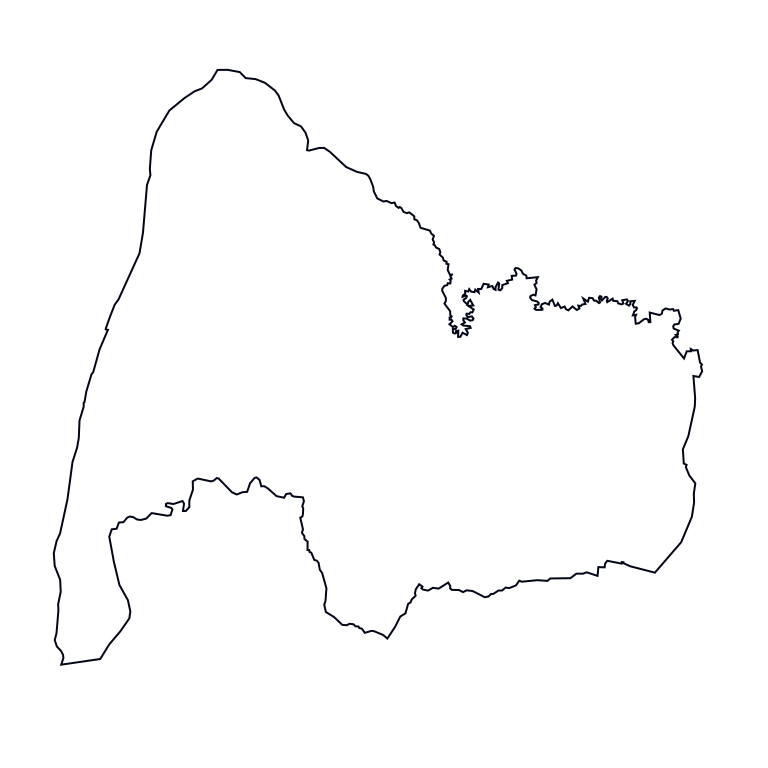 Nong Ruea, Khon Kaen, Thailand, rotated 184°
{"feature_id": "78962969B72555915440890", "entity_name": "Nong Ruea", "entity_type": "district", "adm_level": 2, "iso_a3": "THA", "parent_name": "Thailand", "parent_adm1": "Khon Kaen", "projection": "albers", "projection_center": [102.4, 16.491], "detail": "fine", "context": "isolated", "style": "outline", "palette": "ink", "viewbox_px": 768, "rotation_deg": 184, "n_neighbors": 0, "source": "geoboundaries", "source_scale": "gbopen_adm2", "svg_char_len": 6117}
<svg xmlns="http://www.w3.org/2000/svg" viewBox="0 0 768 768"><g transform="rotate(184 384 384)"><path d="M686.4,81.5L647.9,89.9L639.9,105.1L629.7,119.0L621.7,132.4L621.2,139.5L624.4,150.5L633.9,165.0L641.1,187.9L647.4,212.5L645.5,220.0L640.6,221.0L638.8,227.3L634.3,228.0L630.8,232.8L628.2,234.1L624.8,233.7L620.9,231.6L617.0,231.4L611.7,233.2L606.8,239.0L590.9,237.5L587.7,238.3L586.3,244.2L587.5,245.5L593.1,246.9L593.1,249.2L591.5,250.1L585.6,249.6L576.8,253.2L575.1,250.6L575.7,243.3L572.8,243.5L569.6,247.7L570.1,254.1L567.2,265.3L568.0,273.6L563.2,276.7L549.8,274.8L547.2,275.7L544.3,278.5L542.4,278.2L528.0,265.3L523.1,263.5L517.9,266.1L513.0,266.9L510.7,275.6L506.5,281.3L504.6,281.9L501.4,279.6L499.3,273.4L496.3,273.7L492.5,271.7L483.3,264.6L475.7,263.6L473.9,267.4L469.7,268.4L467.8,266.0L465.7,265.4L457.0,265.3L455.7,261.5L457.0,256.3L455.9,254.3L455.8,248.4L456.2,246.1L458.2,244.8L454.7,233.4L455.5,229.8L452.8,226.6L452.6,224.0L449.2,221.4L448.7,213.1L447.0,213.1L446.6,211.3L444.8,210.7L441.3,203.7L438.6,203.0L436.8,201.1L435.1,194.3L432.5,191.1L427.2,176.2L427.2,163.8L428.2,159.7L426.1,152.5L417.5,148.0L408.8,140.8L404.1,140.8L401.8,142.4L397.7,142.2L395.5,140.3L392.5,140.3L391.6,138.8L389.0,138.4L385.8,134.4L379.2,136.9L376.6,136.7L367.4,133.6L362.9,130.3L356.1,142.3L351.5,153.2L346.6,156.7L344.6,166.3L342.3,168.0L341.2,171.1L337.7,175.0L338.5,177.5L338.0,181.3L334.9,186.7L331.5,184.5L332.5,183.0L330.6,181.6L325.6,181.0L321.0,184.1L315.2,183.7L306.1,190.4L303.7,186.9L303.8,184.8L302.2,183.4L294.9,183.7L290.6,181.9L287.3,183.9L281.3,183.7L268.5,178.3L264.8,179.4L262.7,181.9L260.2,182.3L255.5,185.9L251.7,186.3L248.5,189.4L245.0,189.1L238.3,192.3L235.4,197.2L232.7,196.4L217.3,199.0L207.2,199.0L204.6,201.6L184.5,203.3L178.9,208.2L172.2,208.7L168.7,210.3L157.6,207.5L157.4,216.3L151.1,216.5L150.9,220.2L149.0,223.2L134.4,221.4L134.4,222.9L132.7,222.9L132.6,222.0L125.9,219.4L100.6,214.7L76.5,246.9L67.6,273.1L66.4,287.4L67.3,296.3L66.5,306.6L73.1,314.1L77.1,322.2L76.5,324.4L79.4,325.6L81.3,339.7L76.8,353.1L72.4,383.1L72.6,391.4L75.9,413.6L70.1,413.0L67.5,418.9L69.0,423.6L68.2,425.6L70.2,427.4L73.5,439.7L77.8,439.0L80.4,440.3L79.9,438.1L84.3,437.7L86.5,430.4L98.0,442.8L99.0,444.9L98.4,446.7L99.8,448.3L97.3,451.1L94.4,451.1L94.3,452.1L96.3,453.3L94.2,454.3L94.7,456.1L93.6,457.8L98.9,459.5L99.5,461.8L98.5,463.6L94.3,464.6L92.6,470.0L95.6,478.2L100.0,477.3L100.8,478.9L104.3,478.2L108.3,479.0L111.3,476.8L111.7,473.6L113.9,472.0L123.9,473.8L122.6,464.3L124.3,464.2L125.0,466.5L127.2,467.4L129.3,466.7L134.0,462.4L137.1,461.7L138.2,468.5L137.4,470.6L140.5,469.8L139.3,474.0L137.6,475.2L136.9,477.2L137.5,478.0L139.9,477.8L141.4,480.3L139.7,484.4L144.1,483.7L143.8,481.1L145.1,479.2L148.1,480.9L146.4,483.9L147.5,485.3L152.2,484.2L150.8,481.0L152.4,480.0L156.0,480.8L157.0,482.9L161.2,483.0L161.9,485.1L167.0,481.2L167.6,482.4L166.8,485.1L168.0,486.4L169.4,486.2L172.4,482.6L173.4,484.2L173.1,486.2L174.6,486.8L175.7,485.3L174.2,480.4L175.2,479.7L178.2,481.9L180.2,481.8L182.0,484.2L185.4,484.3L186.4,480.4L191.2,483.2L188.6,477.9L191.9,477.1L193.2,475.5L195.6,475.7L194.3,473.0L196.8,471.3L201.4,474.5L205.3,470.3L207.9,471.5L209.2,473.9L212.8,472.1L216.2,476.8L217.3,474.3L219.0,473.8L221.9,479.9L224.5,477.7L225.0,474.7L228.9,476.1L232.1,474.6L233.1,471.6L231.2,470.3L231.2,469.1L237.4,468.5L239.1,469.6L237.9,471.2L238.9,473.2L235.4,474.2L235.3,475.7L236.9,477.0L242.4,478.1L244.4,480.6L243.9,482.0L241.2,483.5L239.1,482.9L238.4,489.1L240.9,493.4L238.8,495.5L239.5,497.8L238.0,501.3L249.1,499.4L249.6,502.1L253.0,503.6L255.0,506.9L258.1,508.7L260.9,508.9L261.8,507.3L259.5,503.2L259.9,501.3L264.2,500.8L263.4,497.1L268.6,495.5L267.4,493.2L272.9,490.9L272.7,488.0L274.4,485.6L276.4,486.0L276.1,492.3L277.3,493.2L279.5,488.3L279.3,485.7L281.1,486.3L282.8,489.3L287.1,487.8L286.5,490.5L291.6,490.9L293.6,485.5L296.8,485.4L295.9,481.8L299.5,484.5L300.1,481.9L303.5,482.2L305.6,484.6L306.4,482.1L309.6,482.6L309.3,479.6L311.5,477.8L311.7,476.5L308.5,477.9L307.4,477.4L308.1,475.4L310.5,473.7L310.3,472.4L306.1,468.9L305.6,472.0L303.9,473.9L300.4,468.6L305.2,467.7L299.7,464.6L300.8,461.6L302.7,461.6L303.8,459.9L306.5,459.9L306.7,458.6L305.2,456.6L301.1,457.6L299.3,455.4L300.1,453.8L302.6,453.2L305.6,454.9L309.3,455.1L309.5,453.4L307.6,451.0L310.7,448.9L309.1,447.9L302.2,447.6L301.5,446.0L306.3,444.5L303.9,440.9L304.7,438.6L309.2,440.6L311.1,436.4L313.4,436.2L313.6,442.4L315.9,441.8L315.5,440.0L316.6,439.3L318.7,439.9L319.2,443.6L316.3,444.0L315.5,445.9L317.6,447.0L319.1,445.5L322.9,448.2L320.0,451.3L321.2,452.9L323.0,452.7L323.2,454.9L321.8,455.1L321.3,456.2L322.7,457.3L323.1,461.2L329.3,468.4L328.1,471.0L328.2,474.0L332.4,481.0L332.5,483.0L330.7,486.0L327.8,487.1L327.4,489.0L324.9,488.9L324.6,491.4L325.8,492.8L323.9,493.8L325.3,496.1L323.2,498.4L325.6,497.2L328.4,502.1L328.0,508.0L330.1,508.3L330.1,510.3L333.2,511.5L334.1,514.2L337.6,517.0L337.0,519.4L338.3,522.5L341.7,523.8L343.0,526.0L344.4,526.6L343.9,528.7L345.5,531.6L344.5,535.3L347.4,537.4L348.9,540.2L358.5,542.4L360.6,547.3L362.6,549.6L365.2,550.4L365.5,553.4L370.8,557.0L373.1,556.0L376.5,557.1L379.1,560.9L380.6,561.7L381.7,560.7L384.4,562.3L386.1,565.8L389.1,564.9L394.1,566.8L397.3,566.0L403.7,568.7L407.6,575.5L408.6,580.1L411.8,587.0L414.0,590.5L416.5,592.3L425.7,593.7L436.9,597.8L454.4,612.0L460.1,615.3L465.0,615.0L475.1,611.6L477.1,611.9L476.6,621.7L479.9,629.3L484.8,635.2L492.0,638.0L498.7,645.0L502.7,650.7L509.2,664.3L513.2,669.1L523.7,676.1L533.3,679.2L543.3,679.5L549.7,685.1L561.9,686.5L572.0,685.7L577.1,675.5L586.1,666.2L593.5,662.7L603.1,655.2L617.1,642.0L628.3,619.9L632.5,601.0L632.6,582.2L631.6,575.9L634.3,566.2L635.0,518.1L637.0,497.4L654.7,449.9L658.2,444.3L661.9,432.4L665.4,420.0L665.4,419.1L663.2,418.8L670.2,398.5L674.9,375.5L676.5,373.2L680.4,355.9L681.5,345.0L682.3,344.3L682.0,340.4L685.2,326.4L684.7,308.9L685.7,299.2L689.3,284.4L691.7,247.0L696.7,212.4L699.7,204.3L701.6,192.2L699.8,179.5L693.4,166.1L692.0,154.2L693.7,141.5L693.0,135.6L693.3,112.7L694.6,105.5L692.0,99.3L687.7,95.3L685.3,91.5L684.7,88.3L686.4,81.5Z" fill="none" stroke="#020617" stroke-width="2"/></g></svg>